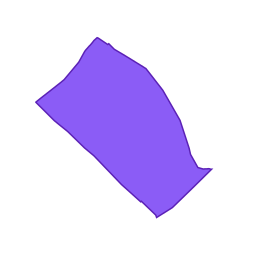 outline of San Bartolomé Quialana, Oaxaca, Mexico, rotated 299°
{"feature_id": "50627088B34817087326537", "entity_name": "San Bartolomé Quialana", "entity_type": "district", "adm_level": 2, "iso_a3": "MEX", "parent_name": "Mexico", "parent_adm1": "Oaxaca", "projection": "mercator", "projection_center": [-96.492, 16.896], "detail": "fine", "context": "isolated", "style": "filled", "palette": "violet", "viewbox_px": 256, "rotation_deg": 299, "n_neighbors": 0, "source": "geoboundaries", "source_scale": "gbopen_adm2", "svg_char_len": 897}
<svg xmlns="http://www.w3.org/2000/svg" viewBox="0 0 256 256"><g transform="rotate(299 128 128)"><path d="M132.5,221.1L132.0,220.1L131.9,219.2L131.3,217.8L130.8,217.3L129.6,215.2L128.6,213.7L127.3,208.3L135.2,195.5L139.9,191.3L159.9,169.8L177.9,140.1L184.7,124.2L185.3,122.8L185.9,121.4L186.6,119.7L187.3,118.1L188.0,116.4L188.3,115.7L188.6,115.0L188.7,114.7L188.7,113.4L188.7,113.0L188.8,112.5L189.8,90.9L190.2,77.9L192.4,70.3L191.2,69.8L192.2,58.4L192.0,57.2L189.7,56.4L188.0,55.8L186.5,55.6L184.2,55.2L182.8,54.9L182.2,54.8L181.0,54.4L179.6,54.1L177.7,53.7L177.3,53.6L176.9,53.5L175.6,53.2L174.0,53.0L161.7,53.0L153.3,51.4L139.3,48.7L134.5,46.8L124.7,42.7L112.2,37.4L106.1,34.9L105.8,35.0L98.7,60.0L97.6,66.0L95.7,76.9L89.5,99.6L87.2,111.6L75.4,149.7L69.6,174.9L70.4,175.2L65.3,194.5L63.6,196.4L79.9,205.4L109.7,214.4L132.5,221.1Z" fill="#8b5cf6" stroke="#5b21b6" stroke-width="1.5"/></g></svg>